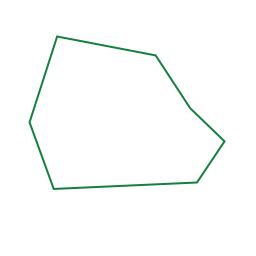 Sham Shui Po, orthographic projection, rotated 194°
{"feature_id": "HKG-5159", "entity_name": "Sham Shui Po", "entity_type": "state/province", "adm_level": 1, "iso_a3": "HKG", "parent_name": "Hong Kong S.A.R.", "parent_adm1": "", "projection": "orthographic", "projection_center": [114.161, 22.334], "detail": "fine", "context": "isolated", "style": "outline", "palette": "green", "viewbox_px": 256, "rotation_deg": 194, "n_neighbors": 0, "source": "natural_earth", "source_scale": "10m", "svg_char_len": 268}
<svg xmlns="http://www.w3.org/2000/svg" viewBox="0 0 256 256"><g transform="rotate(194 128 128)"><path d="M118.7,205.1L72.4,162.2L31.1,138.4L47.9,91.8L118.5,70.8L185.3,50.9L224.9,109.7L218.9,199.6L118.7,205.1Z" fill="none" stroke="#15803d" stroke-width="2"/></g></svg>